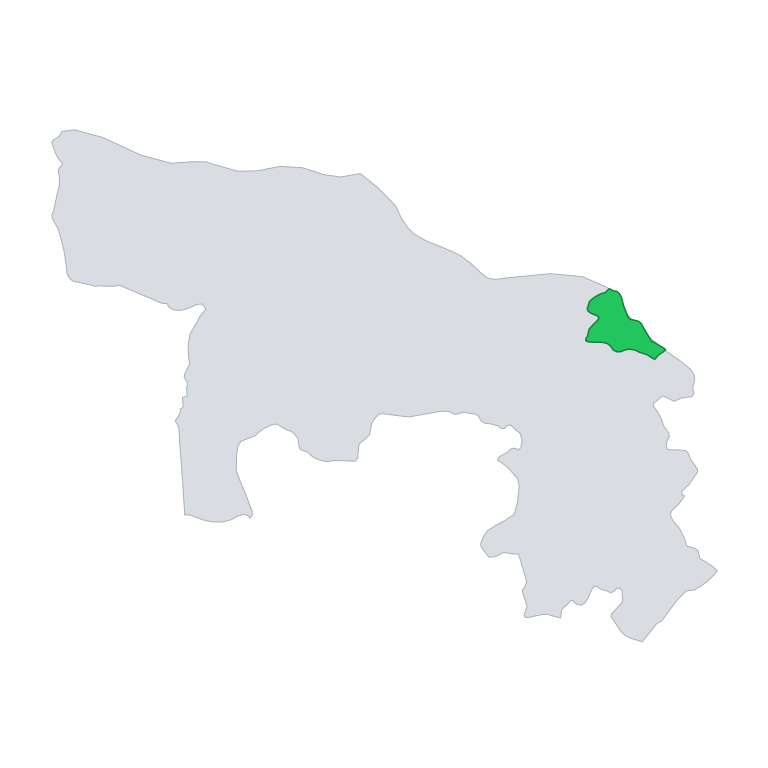 where Brazzaville sits in Republic of the Congo, rotated 266°
{"feature_id": "COG-4855", "entity_name": "Brazzaville", "entity_type": "Region", "adm_level": 1, "iso_a3": "COG", "parent_name": "Republic of the Congo", "parent_adm1": "", "projection": "orthographic", "projection_center": [15.461, -3.984], "detail": "fine", "context": "in_parent", "style": "filled", "palette": "green", "viewbox_px": 768, "rotation_deg": 266, "n_neighbors": 0, "source": "natural_earth", "source_scale": "10m", "svg_char_len": 4718}
<svg xmlns="http://www.w3.org/2000/svg" viewBox="0 0 768 768"><g transform="rotate(266 384 384)"><path d="M108.8,623.7L113.1,612.3L116.4,607.0L120.3,603.3L136.1,594.3L138.5,594.7L149.5,606.2L153.0,607.1L156.8,606.8L161.4,607.2L163.7,604.9L164.0,602.0L160.7,598.6L160.2,595.1L162.5,591.2L163.8,586.8L167.2,581.7L167.6,579.3L164.0,576.7L156.6,572.8L151.5,569.0L149.5,565.3L150.9,560.6L155.0,556.8L154.7,554.7L151.1,551.3L148.5,547.6L145.8,545.3L138.4,544.0L139.8,539.0L142.5,531.7L143.1,526.2L141.0,511.6L141.2,508.9L143.2,507.6L147.7,509.2L152.1,511.4L164.3,508.1L168.5,507.6L172.1,510.4L176.9,512.6L205.0,506.4L205.5,500.2L207.1,494.5L207.3,490.3L206.2,487.6L204.8,485.6L203.9,481.4L203.9,476.8L206.6,474.7L215.5,469.3L218.3,469.5L224.6,472.4L230.5,477.0L235.7,486.6L239.3,494.9L245.1,505.0L257.4,509.1L272.0,511.7L279.9,511.0L291.2,502.3L297.6,495.6L299.7,492.0L303.4,493.9L307.6,502.7L310.3,506.1L311.0,509.4L309.1,513.4L311.0,516.1L318.8,517.9L325.7,516.1L328.8,512.5L334.0,507.8L334.0,503.9L331.3,501.3L331.3,497.8L334.1,495.0L336.9,487.4L337.8,481.8L340.5,478.3L345.6,475.8L347.5,473.6L350.4,460.5L348.9,455.7L348.9,451.8L352.2,446.8L352.8,438.5L349.4,406.1L354.6,380.0L354.1,376.7L350.5,372.7L346.0,369.0L334.4,366.0L330.1,361.2L326.8,356.1L324.3,354.5L311.7,352.5L308.9,349.6L310.0,341.3L311.1,329.1L310.7,320.6L312.9,313.8L315.5,308.6L321.1,303.2L324.0,296.8L325.6,295.2L336.2,294.1L340.0,291.4L343.1,288.7L344.3,285.1L348.0,279.1L351.2,275.0L351.5,272.2L350.9,268.4L347.7,260.8L343.8,254.5L341.5,252.3L336.9,237.5L332.5,234.0L324.1,232.1L308.3,230.5L298.7,233.2L284.1,238.2L265.8,243.6L261.5,243.1L259.6,240.8L262.4,238.9L263.8,234.4L262.0,227.9L259.2,222.1L257.6,213.8L258.3,203.5L261.1,193.8L266.9,181.2L267.3,176.1L302.5,176.3L340.4,176.1L354.9,176.4L361.9,173.2L368.5,178.1L371.8,179.2L372.9,178.8L375.4,182.3L383.7,181.9L385.0,182.7L385.7,186.9L393.3,186.7L397.1,187.7L400.2,187.6L404.7,185.1L407.9,186.0L413.7,189.1L417.8,191.8L423.6,190.9L437.1,191.4L447.5,194.0L457.8,201.2L464.7,205.3L470.9,211.5L473.2,210.4L476.5,208.0L476.4,202.7L473.0,193.8L471.6,186.2L472.4,179.9L475.0,175.5L479.5,172.8L480.0,168.0L501.0,126.9L500.3,122.2L500.8,115.1L501.8,107.2L501.5,102.5L503.0,99.3L508.4,80.7L511.4,77.7L516.0,75.5L522.6,75.4L540.2,74.0L556.5,70.9L561.9,69.6L572.1,64.7L576.1,64.5L579.5,66.4L599.2,72.1L604.7,74.3L606.6,74.0L609.6,74.5L614.2,74.6L618.8,73.9L621.6,74.6L625.3,78.3L627.7,77.9L630.9,75.2L636.8,72.5L648.3,69.4L650.2,70.8L654.1,77.7L658.3,80.0L659.2,92.8L649.6,120.5L629.2,157.7L619.0,187.1L619.1,208.6L618.0,222.1L614.6,230.4L606.6,252.7L605.4,271.8L608.3,295.3L605.5,317.6L597.1,338.6L593.5,355.2L595.6,375.1L580.1,391.7L560.7,408.2L548.1,412.9L538.3,418.5L531.3,424.8L524.0,435.8L512.3,459.6L506.3,469.9L498.4,478.8L486.7,489.7L482.3,494.8L480.6,502.2L481.3,515.9L482.5,557.6L477.2,589.5L465.7,611.8L457.1,624.2L448.4,627.9L437.0,631.3L431.6,635.5L428.3,641.6L421.9,647.0L412.6,651.7L400.8,663.0L386.5,681.0L376.8,691.3L371.5,694.0L366.1,694.2L360.5,692.1L355.8,691.8L353.5,692.8L349.7,690.3L349.8,686.1L349.1,679.3L346.4,672.2L352.5,662.1L352.0,659.9L349.1,656.3L345.8,651.1L342.7,651.4L336.2,655.4L329.3,658.5L323.0,659.8L315.2,664.8L310.9,664.8L308.5,662.9L303.2,661.1L300.4,661.7L298.7,662.6L297.5,674.7L296.5,679.9L294.6,682.3L286.7,684.9L281.3,688.5L276.6,690.9L273.8,690.3L262.3,681.2L256.2,673.7L252.6,673.6L251.5,676.0L249.7,674.9L244.0,669.9L237.4,662.1L235.0,660.9L231.3,661.0L225.5,663.9L219.8,668.5L209.6,672.7L201.0,675.0L200.2,677.9L198.3,682.8L195.4,685.8L187.8,686.8L185.1,691.2L178.6,699.6L174.3,703.5L173.1,701.9L170.5,699.8L165.1,693.3L159.7,685.2L158.3,681.5L156.8,679.4L156.5,671.3L148.4,661.6L128.2,644.5L126.0,639.4L108.8,623.7Z" fill="#d9dde1" stroke="#a8b0b8" stroke-width="1"/><path d="M463.3,615.4L462.3,617.3L461.7,617.8L461.3,618.6L460.0,622.9L458.2,624.6L457.8,625.0L455.0,626.5L451.7,627.4L448.4,627.9L445.2,628.4L434.6,631.8L433.3,632.4L432.2,633.3L431.2,634.6L429.0,641.9L428.6,642.5L427.0,644.2L426.7,644.7L426.0,645.0L424.2,645.9L421.3,647.0L413.2,651.1L411.7,652.1L409.7,652.9L407.9,654.0L407.2,655.4L406.8,656.4L404.0,660.3L400.1,665.8L398.5,667.3L396.2,664.3L394.4,660.8L392.4,658.5L389.7,655.8L391.7,652.6L394.9,648.5L396.3,644.9L398.1,640.5L400.4,636.7L401.6,631.2L401.3,627.3L399.8,622.7L399.8,618.8L401.9,615.0L406.0,612.7L408.7,609.7L410.2,605.3L410.8,600.6L411.1,595.7L411.7,591.0L413.1,588.3L415.2,588.6L417.5,590.4L421.6,591.5L424.9,592.7L426.6,594.8L428.7,596.8L431.3,600.0L433.6,602.4L435.6,602.9L437.4,601.1L439.1,597.3L440.6,594.7L442.6,592.6L445.3,592.0L447.9,593.2L452.0,594.7L453.9,597.1L456.3,600.9L458.0,604.4L459.2,607.7L459.5,610.3L460.6,612.1L461.8,613.5L463.3,615.4Z" fill="#22c55e" stroke="#15803d" stroke-width="1.5"/></g></svg>